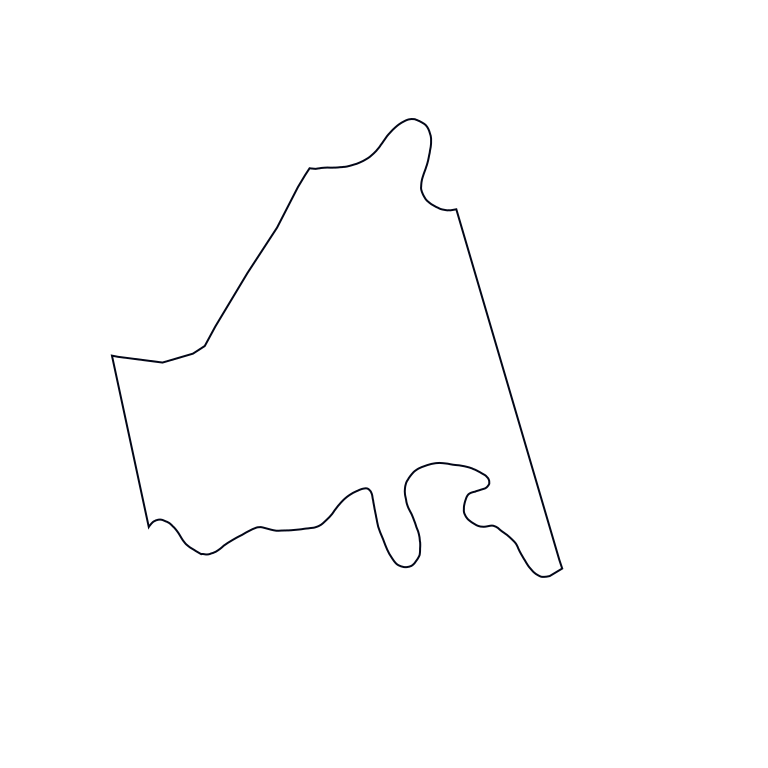 Morne Assau/Babonneau, Dauphin, Saint Lucia (Mercator projection), rotated 31°
{"feature_id": "8701671B48601442509190", "entity_name": "Morne Assau/Babonneau", "entity_type": "district", "adm_level": 2, "iso_a3": "LCA", "parent_name": "Saint Lucia", "parent_adm1": "Dauphin", "projection": "mercator", "projection_center": [-60.931, 13.991], "detail": "fine", "context": "isolated", "style": "outline", "palette": "ink", "viewbox_px": 768, "rotation_deg": 31, "n_neighbors": 0, "source": "geoboundaries", "source_scale": "gbopen_adm2", "svg_char_len": 6165}
<svg xmlns="http://www.w3.org/2000/svg" viewBox="0 0 768 768"><g transform="rotate(31 384 384)"><path d="M136.2,499.8L256.0,627.7L256.0,627.0L256.2,625.6L256.5,623.4L257.0,621.4L257.6,620.1L258.3,619.1L258.7,618.4L260.3,616.7L261.3,615.9L262.3,615.3L263.6,614.8L264.3,614.6L265.7,614.4L268.0,614.1L268.8,613.9L270.7,613.8L271.7,613.8L272.6,613.9L273.2,614.0L274.5,614.3L275.2,614.4L275.9,614.7L278.0,615.1L280.4,615.9L282.2,616.6L284.3,617.5L285.9,618.3L288.5,619.7L289.8,620.4L291.0,621.0L292.2,621.6L295.6,622.9L296.9,623.3L299.5,623.7L301.1,623.9L302.0,624.0L304.0,624.0L305.9,624.0L307.1,624.0L308.4,624.1L315.0,624.0L315.4,623.5L316.5,622.9L319.0,621.9L320.2,621.2L321.3,620.4L322.3,619.4L323.1,618.3L324.6,616.7L325.3,615.6L326.1,614.6L327.4,612.0L328.4,609.7L329.1,607.8L329.5,606.5L329.7,605.8L330.1,604.6L330.7,603.4L331.9,600.7L334.7,595.4L336.7,591.8L337.9,589.8L339.1,587.9L340.0,586.5L342.2,582.4L343.3,580.6L346.1,576.1L348.1,573.5L348.5,572.9L349.5,571.9L350.5,571.2L352.1,570.1L354.0,569.4L362.0,567.1L364.5,566.3L365.8,565.8L367.1,565.3L368.9,564.3L371.5,562.5L374.3,560.7L377.8,558.5L379.7,557.2L386.5,552.2L388.2,550.9L389.7,549.6L391.3,548.3L393.4,546.8L394.6,545.8L395.1,545.4L397.5,543.6L398.5,542.7L399.7,541.3L400.6,540.2L401.3,539.2L402.0,538.0L402.6,536.9L403.4,534.8L404.4,531.3L404.9,529.5L405.2,528.3L405.4,527.6L405.8,526.0L406.1,524.3L406.5,522.0L406.7,519.0L406.7,518.1L407.0,515.6L407.1,514.7L407.4,512.0L407.8,509.9L408.1,508.1L408.4,506.7L409.0,504.1L409.6,502.1L410.4,499.8L410.9,498.6L411.7,496.8L413.5,493.3L415.8,489.8L416.3,489.2L417.4,487.5L419.0,485.5L419.5,485.0L420.0,484.5L421.9,482.9L422.5,482.6L423.1,482.3L424.1,482.1L424.8,482.1L425.6,482.2L427.3,482.7L427.9,482.9L429.1,483.7L430.4,484.7L431.4,485.7L433.3,488.0L435.0,489.8L435.6,490.6L438.8,494.2L440.4,496.1L441.1,496.8L443.7,499.7L444.3,500.3L444.9,501.0L446.4,502.7L447.0,503.3L449.1,505.7L452.5,509.3L456.0,512.2L457.1,513.1L463.4,517.7L464.5,518.6L468.2,521.5L472.3,524.5L473.0,524.9L474.2,525.7L476.1,526.9L479.5,528.6L480.9,529.3L483.5,530.5L484.8,531.0L486.3,531.5L487.6,531.8L488.8,531.9L489.7,531.9L491.2,531.7L492.6,531.5L493.9,531.1L495.3,530.7L495.9,530.4L496.5,530.1L497.9,529.2L499.1,528.1L499.6,527.7L501.1,525.9L501.4,525.3L501.8,524.4L502.4,522.3L502.5,521.6L502.7,519.0L502.9,516.5L502.8,513.6L502.7,512.9L502.6,512.2L502.1,511.0L501.5,509.7L500.7,508.2L499.7,506.5L498.7,504.6L497.9,503.2L496.6,501.2L495.7,500.2L493.4,497.1L491.3,494.8L489.0,492.6L488.4,492.2L487.9,491.8L485.5,490.0L484.4,489.0L482.2,487.1L479.5,485.0L478.4,484.1L475.6,482.0L474.3,481.1L471.6,479.5L468.9,477.8L467.3,476.6L465.3,474.9L464.0,473.6L462.5,471.8L459.6,468.7L458.7,467.6L457.1,465.3L455.9,463.0L455.3,461.7L454.8,460.5L454.3,458.8L453.9,457.3L453.7,455.8L453.7,454.4L453.8,453.7L453.7,452.2L453.9,449.6L454.2,447.3L454.7,444.5L455.1,443.1L455.6,441.9L456.5,439.9L457.2,438.6L459.2,435.7L460.2,434.5L462.9,431.2L465.8,428.1L467.4,426.7L468.9,425.4L470.0,424.6L471.6,423.5L472.2,423.1L475.3,421.5L477.9,420.3L479.4,419.6L481.0,419.0L481.7,418.8L484.6,417.7L486.6,416.8L488.5,415.9L490.3,415.0L495.3,413.1L497.8,412.3L500.2,411.6L503.0,411.0L504.4,410.9L505.8,410.6L508.0,410.4L510.4,410.3L511.0,410.2L514.3,410.2L517.2,410.1L518.5,410.2L520.9,410.9L521.6,411.1L522.2,411.4L523.3,412.2L524.0,412.8L524.5,413.5L525.2,414.6L525.6,415.3L525.7,416.7L525.5,418.5L525.2,419.8L524.6,421.1L524.2,421.7L523.3,422.7L522.3,423.8L521.3,424.9L520.4,426.0L518.1,428.5L517.7,429.2L516.3,430.5L515.3,431.6L514.4,432.7L513.8,433.7L513.2,435.0L513.0,436.4L513.0,437.9L513.2,439.4L513.9,442.6L514.4,444.4L515.2,446.7L515.5,447.5L516.1,448.7L517.2,450.6L517.8,451.7L518.3,452.3L518.7,452.8L519.7,453.7L522.0,455.2L522.7,455.6L523.9,456.1L524.6,456.4L525.9,456.8L527.1,457.0L529.6,457.3L531.0,457.4L536.0,457.4L536.7,457.3L538.0,457.1L538.7,456.9L540.1,456.5L542.1,455.5L542.9,455.1L544.2,454.2L545.4,453.2L547.6,451.2L548.3,450.6L549.4,449.8L550.7,449.2L552.3,448.9L553.5,448.7L555.8,448.7L558.9,449.3L561.5,449.6L563.4,449.7L564.3,449.8L565.7,449.9L567.2,450.0L569.4,450.4L570.1,450.5L573.4,451.2L576.7,452.0L578.0,452.4L579.3,452.9L580.6,453.6L582.5,454.8L583.5,455.6L586.5,457.6L588.2,458.6L589.2,459.2L590.5,459.9L594.1,461.9L595.2,462.4L598.1,464.0L601.1,465.5L602.8,466.2L606.8,467.5L607.7,467.8L608.4,468.0L609.2,468.2L611.2,468.5L612.0,468.6L614.4,468.6L616.4,468.5L617.7,468.3L618.4,468.1L619.5,467.5L620.8,466.7L622.6,465.4L624.5,463.7L625.0,463.2L631.8,450.4L624.8,444.4L356.0,197.0L355.2,197.7L352.7,199.9L351.5,200.9L349.6,202.0L349.1,202.4L347.5,203.1L345.6,203.8L344.0,204.4L342.2,204.9L340.3,205.1L339.7,205.1L338.1,205.3L337.3,205.4L336.6,205.4L332.0,205.5L329.2,205.2L328.4,205.0L327.2,204.9L325.7,204.5L324.5,204.1L322.4,203.0L321.5,202.5L320.0,201.6L319.3,201.1L317.4,199.7L316.8,199.1L316.1,198.5L315.2,197.5L314.9,197.0L314.5,196.4L314.2,195.7L313.8,195.0L312.7,192.8L312.2,191.7L311.2,189.0L310.6,186.7L309.8,183.2L308.8,178.0L308.2,175.5L308.1,174.8L307.4,172.1L307.0,170.8L306.8,170.0L305.6,166.6L304.9,164.7L304.1,162.3L303.2,160.2L302.0,156.9L301.0,154.7L300.3,153.3L298.1,149.6L297.5,148.8L296.1,147.1L295.5,146.6L292.5,143.9L291.4,143.1L290.4,142.4L289.5,141.9L288.6,141.4L287.8,141.1L286.5,140.6L284.6,140.3L283.7,140.3L283.0,140.3L281.6,140.3L279.7,140.4L278.8,140.4L278.1,140.6L276.7,140.7L275.4,141.0L274.7,141.0L273.5,141.4L272.4,142.0L271.1,142.7L269.5,144.0L268.8,144.6L268.0,145.5L267.0,146.8L266.3,147.9L264.5,150.9L263.2,153.6L262.4,155.6L261.5,158.3L260.8,160.8L260.6,161.4L259.3,167.6L259.0,169.5L258.9,170.4L258.6,175.0L258.5,176.0L258.4,178.3L258.1,181.1L258.1,182.4L257.9,184.1L257.4,187.2L257.3,188.1L256.4,191.7L255.9,193.3L254.8,196.7L253.9,198.7L252.5,201.3L251.2,203.6L249.1,206.7L247.1,209.4L245.4,211.2L243.8,213.0L242.1,214.8L240.7,216.2L240.2,216.7L238.4,218.2L237.7,218.6L236.2,219.8L234.8,220.7L233.0,222.1L230.8,223.6L226.6,226.2L224.2,227.5L221.8,229.1L219.0,231.1L217.2,232.7L216.6,233.1L214.6,234.8L213.4,235.4L211.3,236.4L210.7,236.7L209.1,237.4L208.8,245.7L208.8,259.5L211.8,305.0L209.8,359.0L209.8,421.5L210.8,443.7L204.6,456.4L183.1,479.7L142.0,497.7L136.2,499.8Z" fill="none" stroke="#020617" stroke-width="2"/></g></svg>